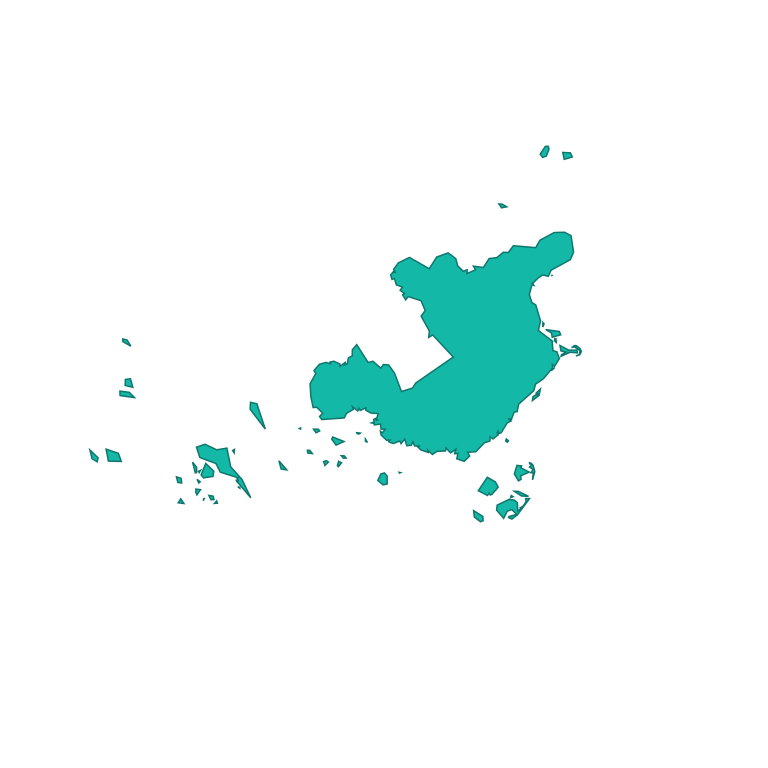 Basilan, Basilan, Philippines, rotated 326°
{"feature_id": "2640588B29921835743372", "entity_name": "Basilan", "entity_type": "district", "adm_level": 2, "iso_a3": "PHL", "parent_name": "Philippines", "parent_adm1": "Basilan", "projection": "orthographic", "projection_center": [121.96, 6.593], "detail": "fine", "context": "isolated", "style": "filled", "palette": "teal", "viewbox_px": 768, "rotation_deg": 326, "n_neighbors": 0, "source": "geoboundaries", "source_scale": "gbopen_adm2", "svg_char_len": 6226}
<svg xmlns="http://www.w3.org/2000/svg" viewBox="0 0 768 768"><g transform="rotate(326 384 384)"><path d="M383.4,336.1L376.9,337.9L373.3,343.0L369.1,342.4L364.8,346.8L362.4,346.2L363.4,345.9L364.0,344.4L357.4,344.8L358.6,342.8L355.1,337.0L351.5,335.6L351.3,337.2L351.0,337.4L348.0,333.7L341.6,331.5L333.5,333.7L333.3,337.2L322.8,342.5L316.2,353.7L312.1,363.9L315.2,365.7L316.9,373.9L312.4,374.9L312.5,378.7L332.1,389.9L336.5,387.4L344.3,387.9L345.1,385.3L347.2,391.7L349.7,390.1L349.5,392.6L355.7,393.7L354.2,395.5L357.0,400.9L362.7,405.3L357.7,409.1L359.0,410.8L357.2,409.7L357.6,407.8L355.7,407.6L353.1,412.5L358.7,415.3L356.3,419.8L359.7,422.2L355.4,423.5L354.6,421.2L353.1,424.7L354.7,432.1L357.5,433.7L355.8,434.2L355.8,435.1L358.5,438.6L365.2,440.1L364.8,443.0L370.3,441.3L368.4,448.0L372.4,450.1L375.6,448.1L374.7,452.5L379.3,455.6L376.8,454.9L377.6,459.1L382.4,465.5L383.3,463.1L384.7,469.5L390.3,469.5L397.5,473.9L399.6,471.7L400.6,478.3L407.2,478.3L403.5,481.3L406.4,482.9L402.5,486.7L407.3,493.0L414.8,491.6L415.2,487.4L422.2,491.5L434.4,488.9L439.9,490.5L442.4,487.1L443.7,490.5L450.1,490.0L450.4,488.0L452.2,486.8L451.5,489.3L453.9,489.9L464.3,485.2L468.8,485.7L467.6,482.1L470.0,484.5L476.3,480.0L478.9,481.4L484.4,476.0L504.5,473.3L509.5,468.9L519.0,468.8L532.7,464.9L534.5,462.0L535.1,464.8L543.6,461.0L545.3,453.9L542.7,450.8L547.5,442.4L541.9,426.0L549.1,419.2L554.0,403.3L552.1,399.0L554.7,390.9L563.1,383.7L563.1,385.8L563.4,386.1L563.3,383.8L570.5,382.4L576.6,382.3L580.4,386.6L586.2,383.1L608.1,385.1L614.9,380.7L622.0,365.6L618.5,359.1L609.8,353.6L593.7,352.0L586.0,355.8L568.6,341.7L560.6,344.5L556.6,341.5L548.2,342.3L541.3,338.8L531.6,343.0L524.0,336.3L523.9,340.5L514.6,338.9L516.8,335.8L512.7,334.8L511.2,327.3L513.6,320.2L510.5,311.2L498.8,308.2L485.9,313.7L475.9,293.3L463.7,291.6L456.1,294.3L455.8,297.7L455.1,297.1L455.4,295.8L455.2,295.2L455.1,297.1L454.5,297.7L455.0,296.0L450.5,297.3L449.1,301.8L451.6,302.4L449.7,308.7L453.5,314.0L449.8,315.3L451.5,320.5L449.3,320.5L449.0,326.4L452.9,325.0L461.3,335.7L459.2,346.1L452.7,348.5L451.3,365.3L447.1,370.4L451.8,370.6L456.5,400.4L411.0,400.9L405.4,403.3L394.3,400.0L398.8,380.7L398.5,370.8L394.4,367.5L390.2,369.0L387.5,358.9L382.9,357.4L383.4,336.1ZM201.9,333.9L193.2,331.5L190.2,342.0L200.2,355.9L199.0,365.6L210.6,380.1L209.5,380.2L209.2,382.7L207.7,383.6L209.9,403.9L212.9,383.8L210.6,367.0L217.9,349.3L208.5,345.0L201.9,333.9ZM410.1,547.7L406.8,551.5L408.1,562.3L415.0,558.3L419.8,559.7L421.1,566.3L413.8,563.8L413.9,566.0L412.2,563.8L414.5,567.5L421.4,567.1L440.6,560.4L437.5,558.2L435.8,561.1L428.5,564.0L423.8,564.1L428.2,557.0L427.1,553.1L423.0,549.6L410.1,547.7ZM417.5,519.1L402.5,525.2L407.5,534.3L410.2,533.1L410.0,535.4L411.6,535.9L421.0,533.4L421.6,527.4L417.5,519.1ZM263.1,324.5L258.9,330.1L260.4,355.0L267.5,329.3L263.1,324.5ZM117.2,282.6L112.4,293.8L122.9,301.3L125.0,292.9L117.2,282.6ZM191.8,350.2L181.5,357.1L181.9,360.9L190.5,365.0L194.1,361.1L191.8,350.2ZM448.7,525.8L441.8,531.4L441.3,539.5L444.3,539.7L446.0,536.5L455.2,538.3L450.5,529.9L452.3,528.8L448.7,525.8ZM331.1,456.8L324.9,460.5L326.8,467.1L330.7,468.7L335.1,462.1L334.7,458.0L331.1,456.8ZM551.4,450.5L549.2,455.5L552.7,459.3L547.5,459.0L546.3,460.0L556.1,461.8L561.8,466.4L562.8,463.8L556.0,459.1L551.4,450.5ZM387.5,539.1L384.5,544.8L387.0,552.2L389.7,552.8L391.9,549.1L387.5,539.1ZM161.1,242.2L158.7,246.0L169.5,255.7L168.2,248.5L161.1,242.2ZM650.7,277.2L642.0,280.8L642.2,284.8L646.1,285.8L652.1,281.6L653.1,278.8L650.7,277.2ZM558.7,438.5L548.5,429.3L551.4,435.3L549.6,439.3L558.0,442.0L558.7,438.5ZM661.7,292.0L659.0,298.5L667.0,301.1L667.8,296.6L661.7,292.0ZM311.8,399.2L309.8,400.6L310.1,407.9L318.7,409.3L311.8,399.2ZM172.2,235.6L168.6,240.4L173.9,246.3L176.7,237.9L172.2,235.6ZM103.3,274.3L100.2,282.6L102.7,288.1L105.7,285.3L103.3,274.3ZM253.9,388.9L251.2,397.0L255.4,400.8L253.9,388.9ZM460.6,530.7L460.3,531.3L460.9,531.2L460.7,532.4L461.3,532.9L461.2,533.2L461.5,533.5L461.4,533.8L458.2,534.2L459.8,538.1L456.3,539.8L458.2,541.0L453.5,546.5L460.0,541.0L462.1,534.9L461.8,532.4L460.6,530.7ZM160.0,344.9L158.0,350.4L161.0,352.9L163.0,348.7L160.0,344.9ZM192.6,200.5L191.2,202.9L195.3,211.1L195.6,203.9L192.6,200.5ZM432.0,545.8L435.3,553.7L441.0,557.9L435.2,548.0L432.0,545.8ZM504.2,477.9L500.6,477.8L497.8,480.7L505.8,480.2L504.2,477.9ZM579.9,299.0L580.0,303.7L584.8,305.7L582.5,300.9L579.9,299.0ZM506.7,479.6L510.8,475.6L505.1,476.6L506.7,479.6ZM181.6,341.7L177.9,352.1L178.9,352.7L182.1,348.4L181.6,341.7ZM151.3,365.5L147.0,367.4L151.3,371.2L151.3,365.5ZM300.3,382.0L300.4,386.5L304.5,386.9L304.2,384.6L300.3,382.0ZM303.2,422.7L299.7,425.6L299.9,427.0L304.7,425.7L303.2,422.7ZM290.6,414.5L289.5,418.5L294.3,417.6L293.4,415.4L290.6,414.5ZM176.5,378.4L175.8,383.2L178.5,384.7L179.6,381.4L176.5,378.4ZM169.3,365.9L167.4,368.6L166.9,371.3L172.8,369.0L169.3,365.9ZM561.5,459.0L559.8,458.6L561.8,459.4L563.1,458.7L564.6,460.2L562.8,460.1L565.1,465.9L562.8,468.9L558.7,468.1L562.7,469.2L565.8,467.5L566.4,464.2L565.0,460.2L564.0,459.0L563.0,458.5L561.5,459.0ZM285.7,401.6L285.4,397.4L283.4,396.1L282.2,398.7L285.7,401.6ZM308.5,419.6L308.9,422.8L311.2,424.2L310.9,421.3L308.5,419.6ZM176.9,362.3L175.7,358.5L175.1,362.5L176.9,362.3ZM547.5,425.6L550.3,423.7L550.1,421.9L547.5,425.6ZM454.7,498.0L453.0,499.4L453.7,501.3L455.5,500.6L454.7,498.0ZM179.9,387.3L176.7,388.2L179.2,389.7L179.9,387.3ZM223.4,354.6L221.3,354.5L221.3,357.3L223.4,354.6ZM183.6,353.0L181.3,352.6L181.2,354.1L183.6,353.0ZM170.5,378.3L168.8,379.7L170.9,378.5L170.5,378.3ZM337.8,419.3L336.6,421.0L337.6,423.2L337.8,419.3ZM428.0,549.6L427.1,547.6L425.4,549.0L428.0,549.6ZM354.2,410.0L352.0,409.3L353.4,410.8L354.2,410.0ZM430.6,563.1L427.6,562.8L427.4,563.5L430.6,563.1ZM549.8,443.2L551.9,443.0L551.0,441.9L549.8,443.2ZM333.7,408.6L334.5,410.9L335.8,411.6L336.9,411.5L333.7,408.6ZM207.3,383.3L208.1,380.6L207.5,381.8L207.3,383.3ZM206.6,389.0L205.3,387.4L206.2,389.8L206.6,389.0ZM290.3,373.8L288.9,373.6L289.6,374.7L290.3,373.8ZM550.0,445.9L551.0,444.8L549.7,444.1L550.0,445.9ZM348.1,466.7L347.1,465.7L347.0,466.5L348.1,466.7ZM534.8,465.9L532.1,466.1L529.9,466.1L530.9,466.4L534.8,465.9ZM584.0,388.0L584.0,387.8L583.2,387.7L584.0,388.0Z" fill="#14b8a6" stroke="#0f766e" stroke-width="1.5"/></g></svg>